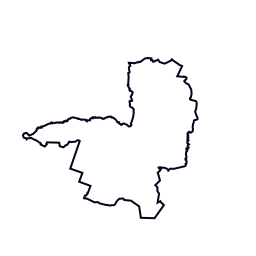 outline of Prodes pag., Ilukstes, Latvia, rotated 309°
{"feature_id": "27541924B41146663771526", "entity_name": "Prodes pag.", "entity_type": "district", "adm_level": 2, "iso_a3": "LVA", "parent_name": "Latvia", "parent_adm1": "Ilukstes", "projection": "mercator", "projection_center": [25.919, 56.06], "detail": "fine", "context": "isolated", "style": "outline", "palette": "ink", "viewbox_px": 256, "rotation_deg": 309, "n_neighbors": 0, "source": "geoboundaries", "source_scale": "gbopen_adm2", "svg_char_len": 5644}
<svg xmlns="http://www.w3.org/2000/svg" viewBox="0 0 256 256"><g transform="rotate(309 128 128)"><path d="M179.2,87.6L178.7,88.3L178.7,89.4L177.9,90.7L176.0,90.4L174.7,91.3L172.5,94.1L171.7,94.1L170.8,93.6L168.2,96.3L162.5,100.3L162.0,101.2L161.7,101.3L161.5,101.0L161.0,100.8L160.6,101.8L160.4,102.3L159.7,103.9L159.8,104.2L159.5,104.4L159.6,104.7L159.0,105.0L158.6,105.0L158.2,105.4L158.1,106.1L158.6,106.4L158.8,106.8L158.5,107.2L158.7,108.1L158.6,108.5L158.8,108.5L158.8,108.9L158.7,109.2L156.1,110.3L154.2,110.2L152.1,113.8L151.8,114.0L151.4,114.0L150.4,112.5L150.0,112.3L149.0,113.0L148.4,113.9L147.5,114.6L147.3,115.0L146.4,115.4L146.0,117.0L146.5,118.6L146.1,120.9L145.4,121.0L143.3,123.0L139.5,125.2L134.3,127.2L133.3,127.4L132.9,127.7L132.7,128.6L132.0,129.0L130.6,128.6L129.6,127.4L129.8,126.8L129.7,125.7L129.9,125.0L129.1,123.0L129.2,122.6L129.0,122.2L128.0,121.1L126.7,121.2L126.1,120.8L126.1,120.4L126.4,119.6L126.3,119.3L126.2,119.1L126.2,118.9L125.9,118.7L125.8,118.4L126.1,117.7L126.8,117.4L126.5,116.8L126.0,116.6L125.8,116.1L126.2,115.5L126.8,112.8L126.7,110.0L125.9,109.0L125.9,108.7L126.2,108.4L126.1,108.2L125.8,107.6L126.0,107.4L124.6,106.0L124.2,105.8L124.3,105.7L123.9,105.5L123.4,105.1L121.5,103.9L120.6,103.9L119.8,102.8L119.2,102.8L118.9,100.6L118.5,99.7L118.0,98.9L117.3,98.6L116.8,97.6L116.1,97.1L115.9,96.5L115.4,96.2L115.6,95.7L115.2,95.6L115.0,95.1L114.6,95.0L114.7,94.7L114.3,94.1L113.9,94.3L113.9,94.1L113.3,94.0L113.4,93.7L112.8,93.7L112.6,93.5L112.4,93.2L111.8,93.2L111.3,92.9L110.3,93.0L110.1,93.3L110.0,93.1L109.5,93.0L109.0,92.6L108.5,91.9L108.1,91.7L108.3,91.6L108.2,91.5L107.9,91.6L108.0,91.3L107.7,91.4L107.8,91.1L107.5,91.0L107.2,90.3L107.4,89.8L106.9,88.4L105.4,87.0L105.3,86.6L104.9,86.4L104.9,85.9L104.7,85.5L104.7,85.0L104.1,84.1L104.2,83.7L103.7,83.5L103.8,83.1L101.5,78.3L100.1,77.4L98.7,77.2L98.4,76.7L97.7,76.0L96.9,76.3L95.8,75.9L95.6,76.5L95.2,76.5L94.3,75.8L94.3,75.2L94.2,74.7L93.2,74.5L93.3,74.3L93.2,74.2L92.8,74.5L92.5,74.0L92.1,73.8L91.9,74.0L92.0,74.4L91.2,74.3L90.5,73.6L90.4,73.2L90.5,72.7L89.4,71.6L89.2,71.3L88.8,71.4L88.5,70.5L88.0,70.1L87.7,69.3L87.0,68.9L86.7,68.5L86.2,68.4L85.4,67.1L84.4,66.1L84.3,65.6L84.0,65.9L83.9,65.5L83.4,65.3L82.9,65.2L82.9,64.8L82.7,64.8L82.1,64.2L81.4,63.9L81.2,63.6L77.3,61.8L76.9,61.5L76.5,61.5L75.2,60.3L74.8,60.1L74.5,60.3L74.5,60.0L74.4,60.0L74.2,60.0L74.3,60.3L74.0,60.3L73.9,60.2L73.9,59.9L73.4,60.1L72.8,59.7L72.7,59.4L72.9,59.2L72.7,59.0L72.1,58.3L71.7,58.4L71.8,58.0L71.5,58.0L71.4,57.8L70.8,57.6L69.3,57.9L69.1,58.3L68.6,58.3L68.0,58.6L66.9,58.3L63.8,58.0L61.9,57.0L60.3,56.4L59.9,56.1L59.9,55.7L60.3,55.3L60.0,54.7L60.2,54.1L60.4,52.5L60.2,52.0L59.5,51.5L59.2,51.5L58.9,51.1L58.5,51.1L58.3,50.7L57.9,50.6L56.2,51.0L55.8,51.3L54.9,53.1L55.8,54.8L55.4,56.2L56.4,56.2L59.5,59.2L59.6,60.8L60.7,64.8L60.9,67.0L60.8,68.1L61.2,69.0L61.2,70.0L60.2,70.5L60.8,73.1L61.2,75.0L64.3,75.1L64.4,74.4L65.9,74.1L73.3,83.8L70.9,86.4L72.4,90.0L75.3,90.4L77.0,91.4L80.4,90.9L81.3,92.6L83.4,94.9L84.3,95.6L87.0,96.7L87.4,97.6L87.5,98.7L60.1,108.7L64.4,120.8L55.5,123.9L59.4,135.3L51.8,137.8L51.7,137.5L50.9,137.9L49.3,137.9L48.7,137.1L45.8,137.9L45.9,138.6L46.8,139.6L47.2,140.4L48.8,147.0L48.9,148.3L49.4,149.0L51.4,151.2L51.6,152.4L51.5,153.0L51.7,153.9L52.7,155.6L52.8,156.2L54.1,158.8L55.8,161.5L56.4,162.9L57.9,164.0L59.0,165.6L59.7,165.8L60.6,166.0L63.9,165.3L67.4,165.7L70.1,168.5L70.1,169.6L69.7,170.4L73.4,176.0L74.1,186.0L66.3,194.5L74.6,205.4L90.7,204.4L91.0,200.4L91.5,199.2L88.6,198.0L96.6,193.4L97.5,190.5L99.6,188.8L100.3,188.5L100.8,185.2L107.3,185.9L110.6,181.4L111.9,179.3L115.6,179.7L117.0,179.3L116.2,178.0L116.2,177.3L116.5,176.7L117.6,177.4L117.8,177.8L117.8,178.7L118.6,179.2L118.9,179.9L119.8,180.9L120.0,181.5L120.3,182.0L120.9,184.7L120.6,185.6L120.3,186.1L123.0,186.4L123.9,187.8L125.5,189.6L134.0,196.2L134.4,196.5L135.4,196.3L135.9,195.9L136.4,195.3L136.7,195.5L136.7,195.8L137.1,195.8L138.1,195.2L138.9,194.4L139.0,194.4L139.2,194.1L139.2,193.9L139.5,193.7L139.5,193.1L139.9,193.3L140.4,192.3L140.6,192.6L140.9,192.5L142.6,191.4L143.8,189.6L144.8,189.3L145.4,188.6L145.8,188.4L147.5,188.4L147.5,188.0L147.6,187.9L148.3,187.7L148.0,187.3L148.6,187.0L148.1,186.9L148.6,186.3L148.8,186.4L148.9,186.8L149.5,186.7L149.6,186.9L149.4,187.5L149.9,187.6L150.3,187.5L150.0,187.3L150.0,187.1L150.5,186.8L150.5,186.6L150.9,186.4L151.3,185.7L152.4,185.4L153.4,185.6L153.3,185.3L153.8,184.8L153.8,184.3L153.6,184.2L153.6,183.6L154.9,182.9L154.9,182.7L155.0,182.6L155.2,182.8L155.7,182.7L155.6,182.3L155.8,182.0L156.3,182.8L156.5,182.8L156.8,182.3L156.7,181.7L157.2,181.6L157.5,180.9L158.3,181.0L158.3,180.7L158.6,180.7L158.9,180.3L158.8,179.9L159.0,179.9L159.2,180.1L159.6,179.9L159.4,179.5L159.8,179.2L160.0,178.7L160.6,178.7L160.7,178.3L161.6,178.1L161.6,177.6L163.6,177.9L163.7,178.1L163.3,178.7L163.8,179.2L164.1,179.9L166.1,180.3L166.7,180.1L168.0,179.2L169.2,177.8L170.2,177.2L172.1,176.0L173.1,175.8L175.4,174.5L178.4,176.5L179.5,175.9L180.6,174.0L180.6,173.5L183.1,169.8L186.2,168.7L188.7,167.0L190.1,166.2L191.3,164.9L191.6,163.7L189.3,158.8L189.6,157.7L190.1,157.4L191.0,157.7L194.5,156.0L197.8,152.8L198.1,151.9L199.9,148.0L199.9,146.8L199.3,145.5L199.8,142.2L203.2,142.4L204.0,141.5L203.3,139.1L202.8,139.2L199.2,133.7L210.2,131.1L210.2,130.7L209.4,128.5L209.4,126.2L209.1,124.3L208.9,118.8L207.7,119.1L201.1,116.0L199.2,111.2L199.8,109.2L200.0,108.3L198.4,107.7L197.0,106.8L196.1,106.6L195.3,105.7L196.2,104.4L195.1,103.3L195.4,102.9L196.8,102.3L196.2,101.3L194.9,99.8L194.9,99.2L192.4,97.3L187.1,96.0L186.4,94.9L185.7,94.9L184.7,93.7L182.1,92.1L181.6,90.9L179.2,87.6Z" fill="none" stroke="#020617" stroke-width="2"/></g></svg>